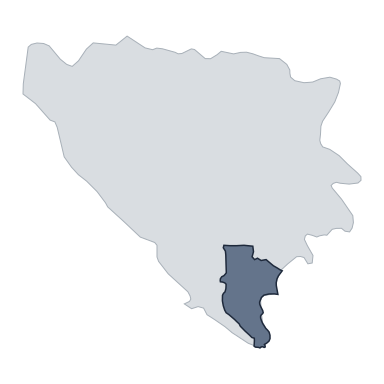 where Trebinje sits in Bosnia and Herzegovina
{"feature_id": "BIH-4808", "entity_name": "Trebinje", "entity_type": "state/province", "adm_level": 1, "iso_a3": "BIH", "parent_name": "Bosnia and Herzegovina", "parent_adm1": "", "projection": "equal_earth", "projection_center": [18.312, 43.002], "detail": "fine", "context": "in_parent", "style": "filled", "palette": "slate", "viewbox_px": 384, "rotation_deg": 0, "n_neighbors": 0, "source": "natural_earth", "source_scale": "10m", "svg_char_len": 3059}
<svg xmlns="http://www.w3.org/2000/svg" viewBox="0 0 384 384"><path d="M339.7,81.0L340.4,83.5L338.5,92.4L334.8,101.9L328.8,111.8L322.6,121.2L320.9,126.2L320.5,134.1L319.8,140.3L320.7,143.7L322.7,146.9L329.8,149.4L339.2,155.7L347.3,163.8L357.7,173.1L360.9,176.6L361.0,180.3L358.0,183.0L349.1,184.1L340.0,183.2L336.4,182.3L333.2,183.4L331.1,185.5L332.2,188.0L341.7,199.4L352.8,215.6L353.4,222.6L352.1,228.1L349.6,231.9L345.0,231.2L341.5,228.3L336.3,228.4L332.2,229.3L326.9,235.2L324.2,234.9L319.7,235.8L316.8,237.0L312.2,235.3L307.4,234.1L305.3,235.9L304.4,239.4L307.4,245.7L313.0,255.5L312.2,263.0L307.9,263.8L304.0,257.5L300.5,256.5L296.6,256.7L287.6,264.0L281.0,270.1L279.4,274.3L277.1,279.0L276.3,282.4L276.5,293.6L264.5,295.4L262.0,297.0L260.6,300.4L261.6,314.8L262.6,322.6L269.4,334.6L269.7,338.3L268.7,340.8L263.8,345.6L261.5,347.3L259.9,347.9L251.9,344.7L248.1,343.2L232.1,332.7L225.1,326.8L213.9,319.1L207.0,314.7L203.6,308.1L198.1,306.6L191.6,308.7L184.3,303.9L189.5,301.4L190.8,299.1L190.1,296.0L187.9,291.8L168.2,273.8L158.6,261.4L157.0,257.0L157.0,245.3L154.7,242.5L140.3,237.1L124.2,221.9L107.7,206.9L105.5,202.8L97.0,191.5L86.7,181.2L78.4,174.7L71.6,167.3L64.2,156.9L60.5,141.2L57.2,127.3L54.9,121.9L50.1,120.1L35.5,103.6L23.0,94.0L23.3,83.7L25.6,66.6L28.2,47.1L31.3,44.4L37.0,43.0L43.6,43.5L49.2,45.9L60.3,59.2L66.7,64.4L72.2,66.4L78.5,60.8L86.4,49.1L93.2,42.9L115.9,45.1L127.1,36.1L145.1,47.9L152.6,49.7L156.8,48.1L162.5,48.8L175.1,52.3L178.1,53.8L181.9,53.5L191.3,48.9L194.5,49.5L205.2,58.6L210.6,58.7L217.1,54.7L221.2,51.3L233.6,53.9L240.6,52.4L246.5,52.2L252.8,53.8L258.6,55.9L264.3,57.7L279.5,58.6L286.8,64.4L289.8,70.0L289.9,73.4L290.6,77.1L294.8,80.7L304.0,82.7L309.8,82.3L312.8,82.0L320.6,78.8L329.9,77.2L336.5,79.1L339.7,81.0Z" fill="#d9dde1" stroke="#a8b0b8" stroke-width="1"/><path d="M260.0,347.9L258.6,347.4L255.4,347.1L254.1,346.2L254.4,340.7L254.3,338.2L251.9,337.5L249.4,335.0L245.0,331.0L240.3,326.2L239.9,325.4L239.2,323.9L236.6,321.5L234.6,319.5L229.0,314.7L226.4,312.9L226.2,312.8L224.7,310.1L223.3,305.8L222.4,300.9L222.4,300.6L222.4,299.6L222.5,295.3L223.4,293.5L224.3,292.5L225.0,291.9L225.9,288.6L226.0,286.7L226.1,284.2L224.7,282.8L222.9,282.2L222.4,282.0L222.1,282.0L220.4,281.8L220.2,280.5L220.4,278.7L221.8,276.7L223.9,275.7L225.3,274.1L226.3,272.8L226.0,262.3L225.8,254.9L225.4,251.1L223.3,247.8L223.5,247.0L223.9,245.3L230.0,245.7L236.3,245.7L244.0,245.3L252.8,246.2L253.5,251.7L252.1,256.8L254.6,259.6L257.5,258.2L261.1,260.5L266.1,259.6L273.3,265.7L277.3,268.0L280.1,269.8L282.2,270.8L278.4,275.9L277.0,278.9L276.3,282.4L276.2,282.6L276.3,285.6L277.9,294.4L274.3,293.9L269.0,294.0L264.0,295.1L261.4,297.5L259.6,302.1L259.7,304.1L260.6,306.4L262.7,310.5L263.2,312.7L262.5,313.8L261.4,314.7L260.6,316.0L260.6,318.0L261.5,320.8L262.7,323.5L265.8,328.4L267.6,330.2L269.1,332.1L270.0,335.3L270.0,338.7L269.4,340.1L269.0,341.1L267.1,342.8L266.2,343.4L264.4,344.4L265.0,345.5L265.2,346.6L264.9,347.3L264.0,347.4L263.0,346.8L261.9,346.7L260.9,347.1L260.0,347.9Z" fill="#64748b" stroke="#1e293b" stroke-width="1.5"/></svg>